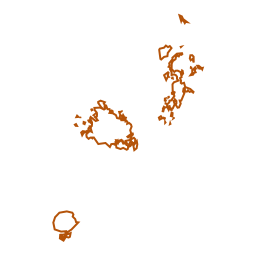 the district of Shortland Islands, Western, Solomon Islands
{"feature_id": "97153195B13226737525008", "entity_name": "Shortland Islands", "entity_type": "district", "adm_level": 2, "iso_a3": "SLB", "parent_name": "Solomon Islands", "parent_adm1": "Western", "projection": "equal_earth", "projection_center": [155.884, -7.049], "detail": "fine", "context": "isolated", "style": "outline", "palette": "amber", "viewbox_px": 256, "rotation_deg": 0, "n_neighbors": 0, "source": "geoboundaries", "source_scale": "gbopen_adm2", "svg_char_len": 5901}
<svg xmlns="http://www.w3.org/2000/svg" viewBox="0 0 256 256"><path d="M131.6,126.6L131.0,124.6L129.1,123.0L127.2,123.8L127.4,121.8L126.4,120.7L125.5,121.3L125.2,119.1L124.4,120.2L121.3,120.2L121.0,118.9L117.1,118.1L115.9,115.1L112.8,113.3L112.6,111.1L111.7,110.5L111.0,111.0L111.3,113.1L109.5,112.9L110.1,111.8L109.5,109.1L107.5,109.2L105.9,104.9L105.4,108.3L104.8,109.1L104.4,109.2L104.7,104.7L103.8,103.6L104.8,102.2L100.6,100.7L98.2,101.9L98.2,102.9L101.3,107.4L102.0,107.9L102.4,108.7L100.1,107.6L94.4,107.9L94.7,110.1L96.7,112.5L95.9,113.7L97.0,114.0L96.9,116.3L95.9,117.8L97.7,120.3L95.7,121.0L90.7,117.0L90.1,118.2L92.0,122.4L92.0,124.7L91.7,126.1L90.4,126.3L91.0,126.9L90.7,128.3L91.8,131.9L89.9,131.0L88.5,132.2L87.6,131.6L87.2,134.2L86.9,132.8L86.3,134.8L86.7,137.0L88.6,138.8L90.4,137.6L93.8,137.5L98.3,144.0L105.5,143.0L109.9,147.0L111.3,144.1L116.9,143.5L116.0,142.1L116.6,142.1L116.0,140.2L117.1,140.3L117.3,142.4L117.9,141.1L118.3,142.5L119.1,140.7L121.3,139.9L122.6,140.6L123.2,142.2L126.6,142.8L125.5,141.2L125.5,140.9L129.4,140.1L131.3,137.5L130.7,135.9L128.1,137.4L127.4,136.7L131.3,133.8L130.2,130.2L131.6,126.6ZM193.5,91.9L190.3,89.0L185.2,87.0L184.0,82.8L181.6,83.6L180.8,82.9L181.0,80.6L180.0,78.1L181.6,77.1L180.6,72.1L177.8,70.7L175.8,70.7L174.3,71.9L171.6,69.0L171.7,63.7L172.8,61.1L175.5,59.2L176.0,56.8L177.6,55.6L178.8,56.4L180.0,54.4L181.5,54.8L182.3,54.1L182.0,53.2L176.9,53.7L172.4,57.7L172.5,59.1L169.2,63.3L169.6,65.3L168.6,66.8L170.8,67.7L170.0,69.0L171.6,72.3L171.6,75.0L174.1,74.4L176.0,75.3L177.0,76.7L177.0,78.9L178.4,80.6L173.9,82.3L172.5,84.3L172.7,91.2L174.6,92.3L173.8,94.4L174.4,96.0L171.1,100.5L169.5,100.7L169.3,102.3L167.1,104.5L167.1,106.8L168.5,109.5L169.4,105.3L170.5,109.7L171.7,110.0L172.1,108.4L172.8,108.4L174.7,104.2L173.5,100.7L174.8,100.9L175.0,99.5L176.4,101.0L176.4,103.5L175.6,104.6L177.6,107.7L179.0,107.4L180.7,103.6L179.7,100.5L181.3,100.5L184.3,93.3L183.1,91.5L183.6,88.5L184.8,87.7L185.0,91.7L187.1,91.5L187.9,90.4L189.6,91.9L191.4,91.3L193.1,92.6L193.5,91.9ZM78.3,222.4L76.1,222.1L75.2,219.1L72.7,216.6L73.4,214.5L72.3,212.7L66.8,211.4L59.4,212.7L55.1,217.2L53.3,222.6L54.7,229.4L61.1,231.6L66.4,231.2L67.2,232.4L71.5,229.5L78.3,222.4ZM171.5,48.1L169.8,46.1L168.0,47.1L165.9,45.6L164.0,47.7L159.8,48.7L159.2,49.8L160.4,58.9L161.2,59.5L164.1,56.9L167.4,56.2L167.8,52.9L171.5,48.1ZM128.2,147.2L127.6,145.1L126.5,145.0L125.6,143.5L123.3,143.6L121.4,140.1L116.0,144.3L116.4,147.6L120.6,149.0L123.2,147.9L126.7,149.7L127.7,149.1L128.2,147.2ZM70.6,233.1L67.0,234.5L62.9,238.4L62.1,238.1L62.9,235.9L61.0,237.6L60.8,234.9L60.2,234.9L59.9,238.4L63.5,240.6L65.9,236.8L68.6,237.5L69.9,236.8L70.6,233.1ZM134.8,143.6L135.3,139.3L133.9,137.8L131.5,139.1L128.7,145.5L129.4,146.5L130.3,146.1L131.8,144.0L131.6,142.2L132.0,142.1L132.5,143.2L133.2,143.0L133.1,144.2L134.8,143.6ZM137.3,144.3L136.8,141.2L133.4,145.7L134.3,150.1L136.6,148.3L137.3,144.3ZM193.7,62.5L193.6,56.7L192.2,55.2L190.4,55.3L189.8,58.4L190.7,60.3L192.5,58.9L193.7,62.5ZM168.7,76.8L167.8,75.5L168.5,72.7L168.0,72.3L164.1,75.2L166.2,80.0L167.8,76.8L168.7,76.8ZM187.1,22.1L183.1,19.1L181.8,16.4L179.5,15.4L181.2,21.1L182.0,18.9L182.4,20.6L183.3,20.4L184.8,23.1L185.6,21.9L187.1,22.1ZM195.9,68.5L195.2,67.3L192.2,70.6L192.3,72.7L190.5,75.2L193.0,74.7L194.2,72.7L195.6,72.3L194.7,70.3L195.9,68.5ZM86.2,131.7L82.8,131.1L81.2,132.5L82.2,135.3L83.6,133.0L86.2,131.7ZM162.4,118.2L160.9,116.2L158.9,117.6L159.6,119.6L162.4,118.2ZM172.3,116.4L172.6,113.1L171.6,112.6L170.9,116.0L172.3,116.4ZM122.4,117.8L122.1,116.4L120.3,114.8L119.5,117.7L121.8,118.6L122.4,117.8ZM183.1,73.5L182.6,70.8L182.1,70.5L181.7,73.9L182.3,74.6L183.1,73.5ZM124.2,117.3L123.7,116.0L123.1,115.0L122.5,116.3L122.9,118.1L124.2,117.3ZM88.9,131.4L87.9,130.3L86.3,131.3L86.9,131.9L87.6,131.4L88.4,132.0L88.9,131.4ZM85.2,122.5L83.7,122.0L83.5,123.6L84.6,124.1L85.2,122.5ZM77.0,125.9L76.0,124.1L74.9,124.7L75.7,125.8L77.0,125.9ZM78.4,116.9L77.1,115.7L76.4,117.1L78.4,116.9ZM132.9,134.5L132.6,132.7L131.7,136.2L132.9,134.5ZM200.6,67.3L199.6,66.5L199.4,68.5L200.0,68.7L200.6,67.3ZM166.3,101.2L165.2,100.0L165.7,98.4L164.9,98.6L164.8,100.6L166.3,101.2ZM164.5,107.4L163.9,106.8L163.1,108.3L163.9,108.7L164.5,107.4ZM89.3,122.3L89.3,120.2L88.4,120.5L89.3,122.3ZM202.2,69.4L202.7,67.9L201.4,68.2L202.2,69.4ZM172.9,94.2L172.6,92.4L171.9,92.7L171.9,93.8L172.9,94.2ZM163.7,109.8L162.9,110.0L162.7,111.2L163.3,111.3L163.7,109.8ZM172.8,78.5L172.5,76.8L172.1,78.3L172.8,78.5ZM120.8,111.8L119.2,111.9L119.6,113.2L119.8,113.1L120.8,111.8ZM90.9,122.9L91.0,121.9L90.3,122.4L90.9,122.9ZM125.9,117.7L125.2,117.5L125.0,118.2L125.6,118.5L125.9,117.7ZM92.3,110.0L91.9,109.3L91.4,109.5L91.7,110.3L92.3,110.0ZM124.8,118.6L124.0,118.6L124.1,119.4L124.3,119.6L124.8,118.6ZM62.7,234.7L61.0,234.7L60.9,235.1L61.5,235.2L62.7,234.7ZM165.4,104.5L165.8,103.4L165.6,103.3L165.4,104.5ZM66.4,233.2L66.3,232.3L65.8,232.7L66.4,233.2ZM64.2,235.1L64.6,234.3L63.8,234.5L64.2,235.1ZM80.4,117.6L80.1,116.8L80.3,118.0L80.4,117.6ZM197.7,66.7L197.9,65.8L197.3,65.8L197.7,66.7ZM191.5,68.5L191.3,67.5L190.9,67.3L190.8,68.0L191.5,68.5ZM168.9,97.0L168.5,96.1L168.4,97.4L168.9,97.0ZM170.4,123.9L170.2,123.3L170.0,124.1L170.4,123.9ZM88.8,128.6L88.8,127.9L88.5,128.3L88.8,128.6ZM115.1,144.8L115.0,144.2L114.8,144.7L115.1,144.8ZM95.6,117.6L95.5,116.9L95.1,117.2L95.6,117.6ZM165.5,122.5L165.2,122.0L165.2,122.8L165.5,122.5ZM93.9,115.4L94.1,114.8L93.6,115.2L93.9,115.4ZM165.0,117.4L164.6,118.0L164.8,118.4L164.9,118.2L165.0,117.4ZM124.0,143.0L123.3,142.7L123.2,142.8L123.4,143.2L124.0,143.0ZM165.6,107.4L165.1,107.3L165.1,107.6L165.6,107.4ZM173.9,118.0L174.0,117.3L173.6,118.2L173.9,118.0ZM121.8,112.0L121.7,111.4L121.5,111.5L121.8,112.0ZM122.3,141.2L122.4,140.8L122.0,140.4L122.3,141.2ZM91.9,139.0L92.2,138.7L92.2,138.3L91.9,139.0ZM163.6,118.4L163.5,118.1L163.3,118.3L163.6,118.4ZM180.9,47.1L181.2,46.8L180.8,46.9L180.9,47.1Z" fill="none" stroke="#b45309" stroke-width="2"/></svg>